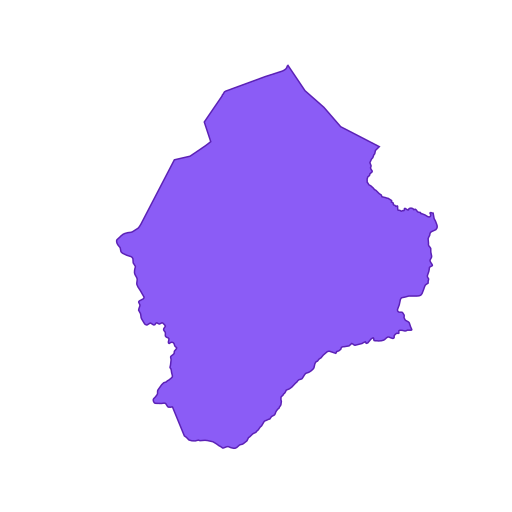 Campamento, Olancho, Honduras (Mercator projection), rotated 54°
{"feature_id": "27666195B55126974743850", "entity_name": "Campamento", "entity_type": "district", "adm_level": 2, "iso_a3": "HND", "parent_name": "Honduras", "parent_adm1": "Olancho", "projection": "mercator", "projection_center": [-86.6, 14.484], "detail": "fine", "context": "isolated", "style": "filled", "palette": "violet", "viewbox_px": 512, "rotation_deg": 54, "n_neighbors": 0, "source": "geoboundaries", "source_scale": "gbopen_adm2", "svg_char_len": 6135}
<svg xmlns="http://www.w3.org/2000/svg" viewBox="0 0 512 512"><g transform="rotate(54 256 256)"><path d="M359.4,419.7L361.8,418.9L365.4,418.4L367.8,416.5L369.9,413.8L371.1,410.8L372.2,410.1L372.7,409.5L375.1,405.6L376.9,403.6L381.0,400.0L384.8,398.4L387.9,397.4L389.2,396.7L391.8,395.8L392.2,395.1L393.1,391.8L393.7,390.7L394.4,390.1L396.0,389.2L397.4,388.0L398.6,386.9L399.3,385.7L399.6,384.1L399.2,380.4L399.6,379.2L400.2,377.8L400.4,376.6L400.2,372.0L398.5,368.8L398.6,367.4L398.0,363.3L398.1,362.2L398.6,359.7L398.2,358.7L398.0,356.4L396.9,353.3L396.7,351.3L394.9,347.2L394.6,346.3L394.7,345.5L395.1,344.0L395.5,341.8L396.0,340.7L395.0,337.8L395.4,334.9L395.4,334.3L394.9,333.2L393.9,331.8L393.3,330.5L392.7,328.3L392.6,326.7L391.9,325.7L391.5,324.3L391.0,323.3L388.5,320.9L387.1,320.4L384.9,318.8L384.6,317.6L384.5,316.1L383.9,315.0L383.8,313.5L383.3,312.2L382.3,310.3L383.1,307.1L383.1,304.1L382.1,298.8L382.0,297.1L381.5,295.6L381.3,294.2L382.2,291.6L382.3,290.9L381.9,289.7L380.6,286.5L380.2,284.9L380.4,283.9L380.9,282.5L381.2,281.1L381.3,278.7L381.1,276.9L380.9,275.7L380.4,274.7L377.7,271.6L377.0,270.0L376.9,268.9L377.2,268.1L376.5,265.8L376.5,264.4L376.6,263.3L375.7,259.8L375.3,254.6L375.6,253.5L376.3,252.5L381.6,248.7L381.3,247.7L380.7,247.0L381.4,244.8L381.3,242.3L380.3,240.9L380.2,240.1L380.4,239.2L381.2,238.0L383.4,233.6L383.4,232.9L383.2,231.9L383.3,231.4L383.0,230.6L383.0,230.0L383.6,229.6L385.7,228.9L386.4,228.4L389.1,221.7L389.2,220.9L389.2,220.0L389.7,218.0L390.4,218.0L391.3,218.2L391.5,218.1L391.7,217.8L392.0,216.5L390.8,211.9L390.8,210.4L391.0,209.5L391.3,209.2L391.7,209.2L393.4,210.1L393.9,210.1L394.8,209.2L395.7,207.9L396.7,206.9L398.3,204.3L399.1,202.2L399.2,201.0L398.9,198.3L399.1,196.8L399.8,196.0L401.1,195.3L403.0,193.9L403.3,193.4L403.4,192.8L403.2,192.3L402.8,191.8L402.1,191.4L401.6,190.8L401.2,189.1L401.2,187.7L401.8,186.8L402.3,186.3L402.4,185.8L400.7,184.6L400.5,184.2L400.5,183.8L400.7,183.2L402.0,181.5L404.3,179.5L404.8,178.3L405.0,177.1L407.2,174.1L407.3,173.6L407.2,173.3L406.7,173.1L404.3,172.6L400.2,171.3L399.0,171.4L396.0,172.8L395.2,172.9L392.7,172.4L391.7,171.4L390.9,170.9L388.4,170.7L387.6,170.8L387.2,171.1L386.6,171.8L386.0,172.8L385.3,173.4L384.5,173.7L383.6,173.7L382.4,172.9L379.7,168.8L376.1,164.8L375.5,163.6L375.4,162.7L376.8,159.6L378.2,155.9L383.0,149.3L384.1,147.4L384.5,145.9L384.4,145.0L383.9,143.6L381.7,140.2L380.1,137.9L379.2,136.4L379.0,135.3L379.1,132.7L377.3,131.3L376.7,130.4L376.0,129.8L373.7,129.6L372.7,129.0L370.1,125.3L368.8,123.9L367.3,122.5L367.1,121.4L367.4,119.5L367.4,119.0L367.2,118.8L366.3,118.5L363.7,118.4L362.1,118.0L361.5,117.4L360.3,114.9L359.4,114.0L355.6,112.3L352.6,110.2L351.3,110.1L349.5,110.2L348.3,109.9L347.0,108.9L343.2,106.6L342.2,105.1L341.4,103.4L340.1,102.1L339.5,100.9L339.5,99.5L340.4,95.1L339.9,93.5L339.1,92.4L338.0,91.7L336.6,91.2L333.3,90.3L330.4,89.9L325.4,87.5L325.0,88.0L323.6,89.0L323.4,89.7L323.7,90.1L325.2,90.4L326.0,91.0L326.3,91.6L326.4,92.2L326.3,92.8L326.0,93.2L325.1,93.9L321.8,95.3L321.0,95.9L319.9,96.5L318.7,97.6L318.2,97.7L317.8,97.4L317.3,97.5L316.3,98.6L315.4,99.2L315.0,99.3L313.0,99.3L311.9,99.6L311.6,100.0L311.4,101.0L310.0,101.2L309.0,101.8L308.2,102.7L307.7,103.8L307.7,104.5L308.2,105.4L308.2,105.9L307.7,106.3L305.1,107.4L304.9,107.7L305.0,108.2L305.8,108.9L306.2,109.5L306.0,110.1L305.5,110.6L305.2,112.1L304.9,112.3L304.2,112.5L303.5,112.9L302.7,113.9L302.3,114.1L301.6,113.9L299.8,112.8L299.2,112.3L298.8,112.2L298.5,112.3L298.0,113.7L296.6,113.9L296.0,114.4L295.4,114.6L294.9,114.6L294.3,114.1L293.4,113.9L291.9,114.7L291.4,114.1L290.8,113.7L287.0,115.2L286.0,116.2L285.0,116.8L282.1,119.3L280.3,118.8L277.8,119.7L273.4,120.4L271.9,121.1L269.9,121.2L266.6,121.9L265.3,122.6L264.5,122.8L263.0,122.6L261.7,122.7L259.0,120.8L257.7,119.0L257.6,116.9L256.4,115.4L256.3,113.0L255.9,112.3L255.3,112.0L253.8,112.0L252.3,111.7L251.9,111.5L251.4,110.6L250.5,109.8L247.4,109.0L245.5,105.6L245.1,103.7L243.4,101.2L243.1,99.9L240.8,97.3L240.0,92.0L201.2,111.5L175.6,113.7L151.1,119.2L120.6,118.1L120.7,119.0L121.7,120.5L122.2,122.1L122.2,124.0L121.9,125.9L116.3,143.0L106.6,177.2L106.4,178.1L104.8,183.6L104.7,185.1L105.8,187.6L106.0,188.6L106.6,189.4L117.2,219.1L136.9,225.4L137.1,232.0L136.5,250.7L130.2,265.5L162.7,330.6L163.7,333.1L164.2,335.0L163.8,341.6L163.4,343.1L161.8,345.9L160.7,348.8L160.3,350.6L160.4,353.6L160.6,354.6L161.1,358.9L161.5,359.6L162.6,360.4L164.2,361.0L166.1,361.2L169.4,361.0L172.9,362.6L173.9,362.7L175.4,362.3L179.3,360.2L183.3,357.3L184.6,357.0L185.9,357.2L189.4,359.4L193.5,359.7L194.2,360.3L195.2,361.6L196.4,362.8L197.9,364.0L198.7,364.4L199.9,364.8L203.2,365.2L204.4,365.5L205.4,366.1L208.0,368.5L209.0,369.1L211.8,369.7L215.9,369.9L223.4,370.7L224.1,371.4L224.4,372.4L223.8,376.6L223.9,377.4L224.2,377.9L224.5,378.1L227.1,378.6L227.6,378.8L228.4,379.7L229.8,381.7L230.8,382.8L234.7,383.3L236.2,384.0L238.4,385.2L239.7,385.5L245.4,386.0L246.3,385.8L247.3,385.2L247.7,384.8L247.8,384.3L248.0,381.5L248.3,380.7L251.3,379.5L251.8,379.1L252.1,378.2L251.6,376.6L251.6,375.8L252.1,375.3L253.5,374.7L254.2,374.2L254.5,373.1L254.7,371.5L255.1,371.0L255.6,370.8L258.0,370.4L259.4,370.5L259.6,370.7L260.5,373.2L260.9,373.7L261.4,374.1L262.3,374.3L263.6,374.2L264.3,374.3L265.2,374.7L267.0,376.1L267.8,376.4L268.9,376.2L270.9,375.1L271.7,375.1L272.5,375.7L274.1,377.5L275.0,377.9L275.5,377.8L275.8,377.5L275.8,376.0L276.1,375.1L276.7,374.4L277.4,373.9L278.7,373.8L280.1,374.3L281.5,374.6L283.5,374.1L283.9,374.4L284.3,375.1L285.0,377.9L285.7,378.7L286.5,379.2L286.8,379.8L287.0,381.1L287.1,383.6L287.3,384.2L288.1,384.8L289.6,385.4L290.5,386.1L293.9,389.2L295.5,391.0L296.0,391.2L297.3,391.2L298.6,391.7L300.7,392.8L303.7,394.0L304.6,394.7L304.9,395.8L305.1,398.6L305.1,399.8L304.9,400.9L305.1,402.8L304.3,405.1L304.7,408.0L306.4,413.1L306.9,414.4L307.4,415.0L309.5,416.6L310.0,417.4L310.9,420.3L311.3,422.7L311.7,423.4L312.1,423.8L313.1,424.3L314.1,424.5L315.1,424.5L315.8,424.2L316.5,423.4L319.8,419.1L320.7,417.3L321.5,416.2L322.4,415.8L325.5,416.0L326.7,415.8L328.3,413.7L328.6,412.7L329.1,412.3L359.4,419.7Z" fill="#8b5cf6" stroke="#5b21b6" stroke-width="1.5"/></g></svg>